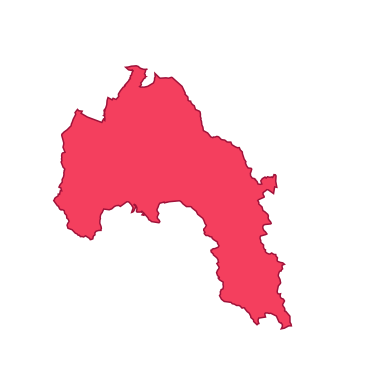 Panticeu, Cluj, Romania, rotated 202°
{"feature_id": "2599482B63681333603727", "entity_name": "Panticeu", "entity_type": "district", "adm_level": 2, "iso_a3": "ROU", "parent_name": "Romania", "parent_adm1": "Cluj", "projection": "albers", "projection_center": [23.537, 47.044], "detail": "fine", "context": "isolated", "style": "filled", "palette": "rose", "viewbox_px": 384, "rotation_deg": 202, "n_neighbors": 0, "source": "geoboundaries", "source_scale": "gbopen_adm2", "svg_char_len": 6084}
<svg xmlns="http://www.w3.org/2000/svg" viewBox="0 0 384 384"><g transform="rotate(202 192 192)"><path d="M300.2,282.8L296.6,281.5L293.9,282.0L293.3,282.8L292.9,282.4L292.2,282.5L292.0,281.6L292.3,280.9L292.2,279.5L291.9,277.7L292.6,276.8L292.1,275.6L292.3,274.6L291.6,273.9L292.3,273.0L292.4,271.3L294.4,265.6L293.8,265.4L294.2,264.3L295.1,263.3L296.3,259.1L296.9,255.5L296.7,254.6L295.7,253.2L297.1,249.4L300.3,249.3L300.6,247.5L305.3,248.1L305.0,245.0L303.8,241.2L303.6,239.6L303.5,237.2L304.2,234.8L303.3,233.3L303.1,233.8L302.7,231.4L302.0,231.5L302.0,230.4L302.4,229.8L301.6,229.9L300.1,227.1L299.7,225.7L300.5,226.0L301.0,227.1L301.4,226.6L301.3,225.6L301.7,224.9L301.5,224.1L301.7,222.7L317.1,222.3L324.3,223.4L324.1,225.8L327.4,224.9L329.1,225.7L330.2,221.8L329.1,220.7L328.9,220.2L329.4,214.9L329.2,211.8L329.3,209.9L328.9,208.1L331.2,202.7L333.1,199.7L334.3,196.8L334.0,195.7L329.3,189.5L328.8,188.0L328.4,185.2L324.6,181.3L326.6,179.7L326.9,178.7L326.5,176.8L325.5,174.9L325.4,173.7L324.5,172.7L324.4,171.2L324.6,170.8L320.7,166.6L318.8,165.9L318.5,165.5L318.6,164.2L318.3,164.1L318.2,162.3L317.2,160.0L316.8,157.8L317.1,155.0L316.0,152.5L317.0,149.4L317.2,146.9L317.0,146.5L315.3,146.8L313.3,144.3L314.6,144.0L313.9,140.2L315.2,140.0L314.7,138.1L316.4,135.8L316.9,134.6L316.7,133.7L317.0,132.2L311.6,128.8L310.5,128.8L308.4,126.7L306.6,126.3L306.1,127.0L303.6,126.9L302.0,124.5L299.6,123.4L298.3,120.9L296.7,120.4L295.1,118.9L295.0,118.4L295.4,116.5L295.4,114.4L293.4,111.9L289.0,112.1L284.8,110.1L282.9,110.1L281.5,109.3L280.1,109.7L278.8,108.8L277.3,109.5L275.6,109.7L274.3,111.5L269.7,110.6L268.5,109.7L267.8,110.1L266.4,111.4L266.9,113.6L266.8,114.5L265.9,115.9L266.8,117.7L266.2,119.7L264.1,121.4L262.0,122.3L262.3,122.8L262.4,124.3L263.4,125.9L265.8,128.5L266.8,131.3L267.0,133.1L267.7,134.2L268.2,136.8L267.6,139.4L267.5,143.1L262.1,144.5L260.1,146.3L258.5,149.5L257.2,150.9L254.9,152.1L253.0,151.8L248.8,158.5L247.5,159.0L246.6,159.0L243.3,157.4L240.8,155.4L240.6,154.9L240.3,150.5L239.4,151.3L238.9,152.4L238.5,157.0L238.8,157.8L241.0,158.4L240.9,158.9L239.4,158.7L237.4,157.1L236.6,155.4L236.4,153.5L235.4,152.8L232.3,154.1L231.4,155.2L231.0,154.5L230.4,155.0L229.1,154.6L229.8,152.1L227.8,152.4L227.8,153.9L223.2,151.6L221.6,150.1L219.9,150.0L218.5,149.4L211.1,151.1L210.7,152.4L211.8,153.5L214.2,154.6L215.0,156.2L214.8,159.7L217.1,161.3L217.9,162.4L217.8,166.0L218.0,167.3L217.7,169.5L214.1,172.2L213.5,171.6L209.4,174.5L200.3,179.2L198.4,178.9L195.9,177.6L191.7,176.4L187.9,177.9L186.9,177.9L185.8,177.2L180.8,175.7L178.4,173.5L172.2,171.7L170.4,170.2L168.0,167.5L166.2,166.5L166.4,164.1L167.2,162.0L166.7,160.7L164.9,159.5L165.3,158.7L165.0,158.0L162.8,156.9L160.7,157.7L158.8,157.3L156.8,157.7L156.1,156.8L154.4,156.0L149.6,155.1L149.1,153.9L146.8,152.2L147.1,150.6L149.6,148.1L151.0,147.4L151.8,146.5L151.9,145.6L152.6,145.1L151.8,143.6L149.2,142.6L148.6,141.7L144.3,140.3L142.5,139.0L141.7,137.4L141.1,136.9L142.2,135.0L138.6,132.4L138.5,130.5L139.0,129.1L139.0,126.4L137.1,124.2L134.7,123.1L134.6,122.7L135.4,122.0L133.7,120.9L129.3,120.1L128.6,117.8L127.6,116.4L127.0,113.8L128.4,112.4L128.2,112.1L128.4,110.2L127.3,107.9L127.7,106.3L124.5,103.6L121.1,102.6L114.5,104.3L112.8,103.5L110.7,103.9L108.2,103.5L105.9,104.4L104.7,104.3L102.1,103.1L100.9,104.0L99.8,104.2L99.0,103.4L96.1,101.8L93.4,101.0L91.2,99.0L90.3,97.6L87.2,96.6L86.3,95.0L82.0,93.3L81.6,94.3L80.7,95.1L82.2,96.8L82.8,98.1L82.9,100.1L77.0,103.6L78.4,105.4L78.9,106.6L78.6,107.3L76.8,108.1L75.0,108.3L73.5,109.1L67.3,108.6L62.7,104.1L60.7,103.7L60.4,104.0L58.5,102.9L57.8,100.8L58.0,98.6L55.4,100.3L52.2,104.1L49.7,105.1L50.7,106.6L52.3,107.9L54.7,113.5L60.4,116.5L60.7,116.2L61.7,116.5L61.8,117.6L62.6,118.9L65.5,120.9L65.8,121.9L65.4,125.6L67.1,126.9L69.5,126.9L70.7,127.7L71.5,129.0L71.8,130.8L72.8,130.1L74.1,129.9L75.0,130.5L75.8,131.7L76.8,137.2L75.8,140.3L75.8,141.0L77.7,143.9L80.4,146.3L80.9,147.3L81.2,150.0L81.0,151.3L79.7,152.3L79.9,153.4L79.2,154.7L80.4,156.2L81.0,157.9L79.2,159.6L81.3,160.3L83.8,159.8L86.7,159.8L87.6,160.6L88.1,163.0L90.1,164.0L90.9,165.4L92.7,164.8L95.3,165.3L96.5,163.7L97.6,163.3L99.7,163.4L101.4,164.0L101.7,164.2L102.2,165.9L103.4,166.0L105.0,167.5L105.8,169.7L109.3,171.0L110.1,172.8L111.6,174.5L112.0,176.0L111.8,177.0L107.5,180.3L106.8,181.2L109.2,182.7L110.9,183.2L112.8,185.0L113.4,186.5L113.3,187.9L112.3,189.1L107.1,191.9L106.8,192.5L107.6,193.5L110.9,195.4L111.9,196.9L112.2,198.4L113.3,199.6L117.2,201.0L119.2,201.3L121.5,204.4L125.6,205.9L126.2,207.5L127.9,208.7L127.3,209.9L123.2,214.2L123.4,214.9L125.1,216.2L125.8,217.7L125.6,218.5L124.0,221.1L123.7,222.1L122.2,222.6L115.8,221.1L117.3,227.7L115.1,228.1L118.4,233.3L120.0,238.1L120.5,238.8L121.3,239.2L122.5,238.8L122.2,238.0L122.7,236.8L122.6,236.0L123.0,235.5L124.1,235.7L125.1,234.8L127.7,234.4L128.5,232.7L129.9,233.2L131.9,230.6L131.9,229.9L132.4,228.4L132.1,227.7L130.3,225.6L131.5,224.7L133.7,224.1L135.6,226.1L138.1,227.1L138.0,227.5L139.4,227.8L141.3,227.4L143.7,228.9L144.9,231.2L144.9,233.0L145.2,235.6L146.1,236.1L148.9,235.3L151.2,236.7L153.4,239.0L153.3,240.2L156.0,242.1L159.5,246.3L160.4,248.0L163.0,249.1L164.8,250.9L166.4,250.1L168.7,250.1L172.7,250.8L174.7,252.8L178.0,251.5L181.1,252.4L183.8,251.7L185.1,251.8L187.2,252.9L188.6,253.1L189.9,252.8L191.1,251.6L192.7,251.0L193.0,250.2L195.2,250.1L199.6,252.6L204.5,253.2L206.2,256.2L208.0,257.9L209.7,261.1L211.1,262.6L211.2,263.6L212.5,265.1L213.4,267.5L214.6,269.3L215.6,269.7L219.7,269.8L222.2,272.8L224.5,273.3L226.5,274.6L227.3,275.7L228.4,275.3L230.0,275.6L231.4,278.5L235.1,280.1L235.4,281.2L240.8,286.2L253.2,290.7L254.1,290.6L256.2,288.8L258.9,288.1L264.1,285.6L265.0,285.7L270.8,288.1L269.2,284.9L269.4,283.7L268.6,281.5L268.6,278.7L272.6,273.4L275.6,271.3L279.2,270.0L280.1,270.1L279.2,272.1L279.2,272.7L280.4,273.9L279.8,275.5L279.1,279.1L278.2,280.2L278.5,280.9L278.0,281.6L278.4,281.5L279.2,283.1L280.3,283.7L280.3,286.1L280.8,287.8L279.4,289.3L281.0,288.3L283.0,287.6L286.2,287.4L289.1,288.3L291.0,288.1L295.4,285.9L297.9,284.0L300.2,282.8Z" fill="#f43f5e" stroke="#9f1239" stroke-width="1.5"/></g></svg>